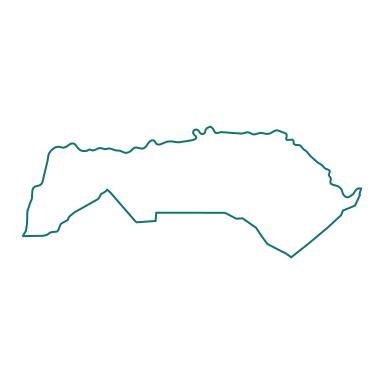 SVG path tracing the border of Saint-Louis
{"feature_id": "SEN-5517", "entity_name": "Saint-Louis", "entity_type": "Region", "adm_level": 1, "iso_a3": "SEN", "parent_name": "Senegal", "parent_adm1": "", "projection": "albers", "projection_center": [-15.156, 16.165], "detail": "fine", "context": "isolated", "style": "outline", "palette": "teal", "viewbox_px": 384, "rotation_deg": 0, "n_neighbors": 0, "source": "natural_earth", "source_scale": "10m", "svg_char_len": 3067}
<svg xmlns="http://www.w3.org/2000/svg" viewBox="0 0 384 384"><path d="M213.3,129.3L214.2,131.1L215.4,132.7L217.6,133.0L221.2,132.1L241.5,133.6L242.9,133.4L246.9,132.3L248.1,132.3L249.2,132.6L252.5,134.2L253.8,134.4L255.1,134.3L260.1,132.9L261.4,132.9L266.2,133.9L267.5,133.9L268.8,133.7L270.0,133.4L271.2,132.9L274.3,131.0L275.4,130.5L277.8,130.4L285.3,133.3L286.2,133.9L286.7,134.9L286.7,136.2L286.1,138.6L286.3,139.5L287.4,140.0L292.0,139.6L293.1,140.2L293.5,141.1L293.7,143.3L294.3,144.3L295.5,144.9L298.4,145.1L299.8,145.3L300.7,145.9L302.8,148.5L303.6,149.3L306.4,151.3L310.5,156.1L317.6,162.5L321.6,164.8L322.4,165.5L324.5,168.0L325.5,168.7L327.9,169.6L329.0,170.2L329.7,171.0L329.8,171.9L329.1,173.8L328.8,174.9L329.1,175.7L330.3,177.2L330.8,178.3L330.9,179.4L330.3,181.6L330.7,183.6L332.7,184.7L337.4,186.0L338.4,186.6L340.3,188.0L341.1,188.9L341.7,189.9L342.7,193.2L343.3,194.4L344.1,195.5L345.0,196.4L346.1,197.1L347.1,197.3L348.1,197.2L349.0,196.9L351.0,195.7L352.9,194.2L353.7,193.3L355.8,190.2L356.7,189.3L357.7,188.7L358.7,188.4L359.8,188.4L361.0,188.5L360.7,190.1L360.1,192.2L359.5,193.8L359.9,195.1L355.0,205.6L342.9,210.6L341.2,215.1L327.9,227.4L308.9,243.3L291.2,257.3L286.4,253.7L277.3,249.2L267.3,243.9L262.0,236.7L256.0,227.7L242.5,218.3L236.2,218.7L226.6,213.6L224.6,212.8L156.3,212.7L155.5,221.0L136.7,222.3L135.4,221.4L110.9,193.1L108.5,190.8L107.0,189.8L106.2,190.8L105.8,191.2L103.8,192.6L101.5,193.8L101.0,194.2L100.6,194.6L100.1,195.9L98.9,198.0L98.0,199.0L97.3,199.5L74.7,212.2L74.7,212.3L74.1,212.6L69.9,216.1L69.1,217.0L68.8,217.5L68.5,218.0L68.1,219.3L67.8,219.9L67.2,220.4L62.0,223.1L60.8,224.1L60.0,225.6L58.5,229.7L58.0,230.5L57.1,231.5L55.4,231.8L53.6,231.9L51.5,232.2L49.8,232.8L47.2,234.7L45.0,235.4L42.7,235.8L23.4,236.1L23.2,236.1L23.0,235.7L25.8,231.1L27.0,224.2L27.4,210.7L28.1,209.3L29.8,203.8L31.9,198.8L32.4,190.4L33.3,188.0L35.1,186.5L39.5,185.4L41.3,184.2L42.1,182.9L42.6,181.5L47.6,160.5L48.3,155.6L49.2,153.2L50.8,150.9L53.1,148.8L55.6,147.2L58.3,146.7L62.2,147.5L63.6,147.6L64.9,147.3L66.1,146.8L69.7,144.3L71.0,143.7L72.5,143.4L74.0,143.7L75.1,144.4L75.9,145.3L77.4,147.5L79.4,149.6L81.8,150.8L84.5,151.1L87.3,150.7L88.2,150.1L89.0,149.7L89.9,149.5L90.9,149.8L92.4,150.4L93.2,150.5L94.0,150.3L98.8,148.2L100.5,148.0L104.6,149.1L105.6,149.1L108.5,148.5L110.4,148.6L115.8,150.4L119.7,150.7L120.7,151.0L123.5,152.3L125.4,152.8L127.2,152.7L128.9,152.1L130.6,151.1L133.2,148.6L134.6,147.8L136.5,147.5L141.6,148.6L143.3,148.4L144.7,147.7L145.9,146.6L148.8,142.4L150.3,141.1L152.0,140.3L153.8,140.5L154.9,141.4L155.6,142.7L156.4,143.9L157.9,144.5L159.6,144.5L161.3,144.0L166.3,141.9L168.2,141.5L172.0,141.4L177.6,142.3L179.5,142.2L192.3,140.2L194.8,139.3L195.6,138.7L196.1,138.0L196.2,137.1L195.8,136.3L193.8,134.4L193.1,132.8L193.4,131.2L194.4,129.9L196.1,129.5L197.8,130.0L198.9,131.2L199.8,132.6L201.1,133.8L201.9,134.1L202.8,134.0L203.6,133.7L204.4,133.1L205.0,132.3L205.2,131.5L205.6,129.8L206.4,128.6L207.6,127.8L210.2,126.7L211.6,127.4L213.2,129.1L213.3,129.3Z" fill="none" stroke="#0f766e" stroke-width="2"/></svg>